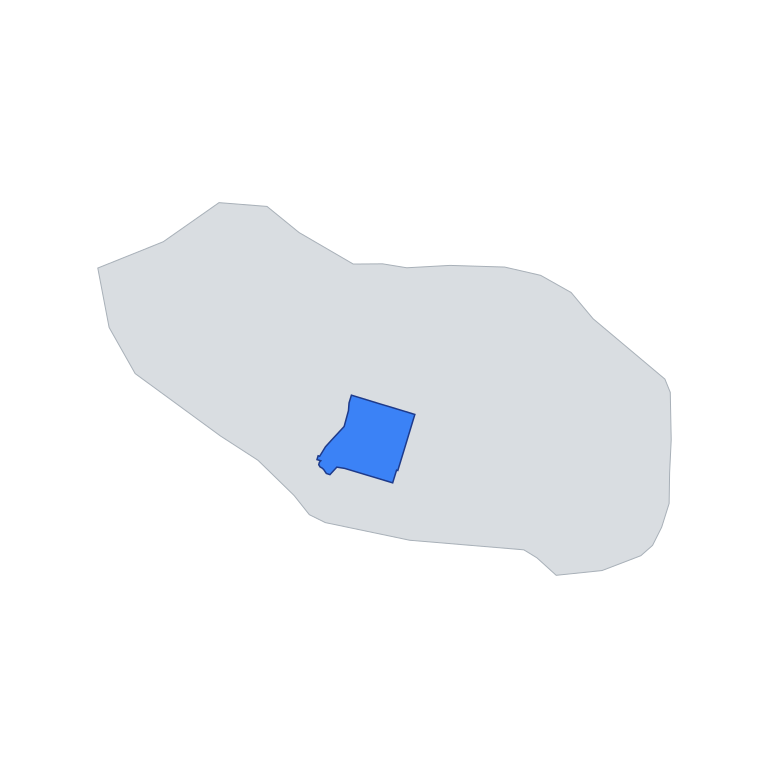 location of 85, Ar Rayyān, Qatar, rotated 287°
{"feature_id": "91078587B12839905472934", "entity_name": "85", "entity_type": "district", "adm_level": 2, "iso_a3": "QAT", "parent_name": "Qatar", "parent_adm1": "Ar Rayyān", "projection": "albers", "projection_center": [50.97, 25.364], "detail": "fine", "context": "in_parent", "style": "filled", "palette": "blue", "viewbox_px": 768, "rotation_deg": 287, "n_neighbors": 0, "source": "geoboundaries", "source_scale": "gbopen_adm2", "svg_char_len": 976}
<svg xmlns="http://www.w3.org/2000/svg" viewBox="0 0 768 768"><g transform="rotate(287 384 384)"><path d="M414.5,675.0L382.9,683.0L353.1,691.6L328.2,691.4L308.2,688.0L294.9,679.8L269.4,647.1L251.4,604.6L262.5,581.0L266.3,566.2L242.1,454.3L234.3,368.4L237.2,350.8L251.1,330.6L274.2,285.8L286.5,242.7L321.2,143.0L357.7,104.6L411.2,76.4L455.5,131.3L509.2,173.2L519.6,220.2L504.0,258.5L489.7,319.5L498.5,347.5L501.8,371.8L516.7,412.4L531.1,465.2L533.7,502.0L526.2,536.2L507.5,564.9L470.8,651.2L459.7,660.2L414.5,675.0Z" fill="#d9dde1" stroke="#a8b0b8" stroke-width="1"/><path d="M292.0,421.2L305.3,421.2L305.3,422.5L326.8,422.5L363.9,422.4L363.9,405.9L363.8,386.2L363.8,356.1L355.7,356.1L348.1,357.8L331.7,358.3L315.4,350.4L306.9,346.4L296.1,343.6L296.1,342.0L292.1,342.0L292.1,346.0L290.3,345.1L287.7,345.2L286.0,347.1L285.5,349.4L284.6,351.3L282.4,354.0L281.6,355.0L281.5,358.8L290.7,363.2L291.8,371.1L292.0,421.2Z" fill="#3b82f6" stroke="#1e3a8a" stroke-width="1.5"/></g></svg>